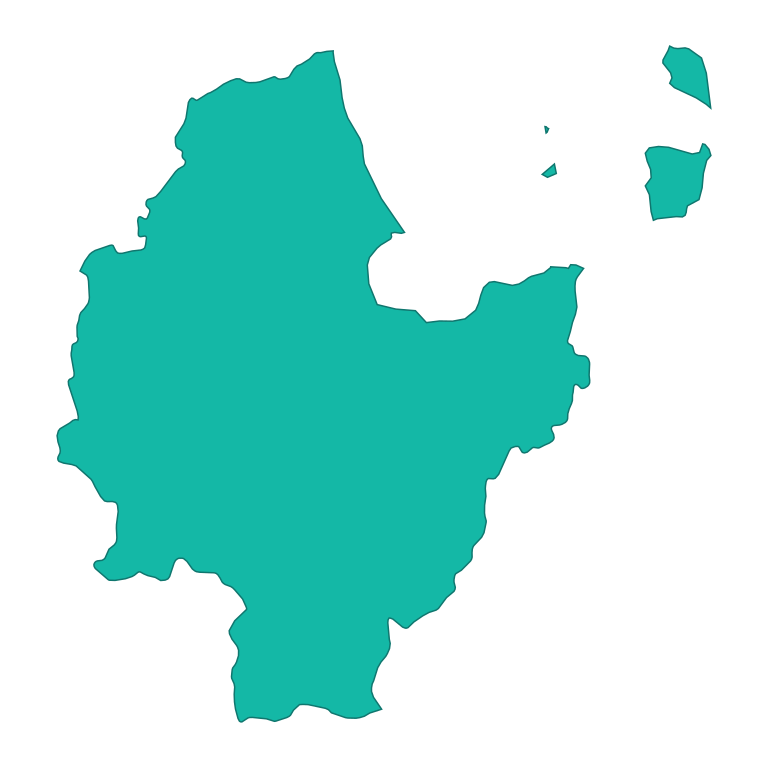 SVG path tracing the border of Surat Thani
{"feature_id": "THA-380", "entity_name": "Surat Thani", "entity_type": "Province", "adm_level": 1, "iso_a3": "THA", "parent_name": "Thailand", "parent_adm1": "", "projection": "robinson", "projection_center": [99.144, 9.058], "detail": "fine", "context": "isolated", "style": "filled", "palette": "teal", "viewbox_px": 768, "rotation_deg": 0, "n_neighbors": 0, "source": "natural_earth", "source_scale": "10m", "svg_char_len": 6018}
<svg xmlns="http://www.w3.org/2000/svg" viewBox="0 0 768 768"><path d="M333.2,50.9L333.1,52.3L334.4,61.7L340.0,80.0L342.1,97.7L344.3,108.1L347.8,118.1L360.0,138.8L362.3,145.8L363.2,156.3L364.4,163.8L381.3,198.6L404.5,232.4L401.4,233.3L394.7,232.4L391.4,233.1L391.2,234.7L391.6,236.8L390.6,238.9L380.7,245.0L377.0,248.2L369.4,257.5L367.3,265.0L368.8,283.8L377.2,304.6L395.8,309.1L415.4,310.7L426.4,322.6L439.5,321.0L452.6,321.2L465.0,318.9L475.7,310.2L478.7,303.3L480.8,295.2L483.6,287.6L489.3,282.3L494.3,281.6L512.4,285.4L519.0,284.0L524.4,280.9L528.5,277.8L531.5,276.3L543.9,273.0L550.6,267.6L550.7,266.8L565.8,267.7L568.4,268.4L570.7,264.7L576.0,265.0L583.6,268.4L577.4,276.8L576.1,279.2L575.4,281.6L575.0,286.0L575.1,291.0L576.9,307.0L575.4,314.3L572.5,322.4L570.3,331.6L567.5,340.6L567.7,342.5L568.5,343.6L572.1,345.8L572.8,347.0L574.0,351.9L574.5,353.1L575.5,354.2L578.2,355.5L584.4,356.0L585.7,356.4L587.7,358.1L588.5,359.3L589.5,362.4L589.6,364.1L589.1,375.2L589.7,380.3L589.6,382.9L588.9,384.5L587.6,386.1L584.8,387.9L582.8,388.4L581.2,388.3L578.3,385.4L577.1,384.6L575.6,384.4L574.5,385.0L573.7,386.5L573.1,392.3L572.5,394.9L572.4,400.5L571.5,403.5L569.2,408.8L567.8,413.7L567.6,418.9L566.9,420.7L565.4,422.4L561.9,424.3L559.5,425.0L554.1,425.5L552.8,426.0L551.8,426.9L551.3,428.3L551.6,430.1L553.6,434.4L554.1,437.8L553.5,439.6L552.2,441.1L549.4,443.0L544.4,445.2L539.5,447.7L538.1,448.0L533.8,447.4L532.5,447.7L527.3,452.1L524.6,452.9L523.1,452.7L522.0,452.0L519.1,447.1L518.1,446.4L515.2,446.5L511.1,448.0L509.1,451.0L498.7,474.3L495.2,478.3L493.3,478.8L488.3,478.5L487.0,479.6L486.1,481.7L485.5,485.8L485.3,488.5L485.9,496.3L484.6,505.2L484.5,512.9L485.0,516.5L486.2,520.9L486.1,522.6L484.0,532.7L481.6,537.3L473.8,545.6L472.9,547.2L472.3,549.2L472.0,552.7L472.1,557.1L471.6,559.1L470.6,560.9L461.4,570.2L455.7,573.7L454.7,575.6L454.0,579.6L454.0,582.1L455.3,587.3L455.0,589.3L454.0,591.3L446.5,597.6L438.4,608.5L436.1,610.1L429.1,612.4L422.8,615.8L413.8,622.0L408.0,627.6L406.6,628.1L405.2,628.1L402.6,627.1L392.9,619.1L390.4,618.1L389.1,618.0L388.1,619.7L387.8,622.7L389.3,639.3L390.2,643.4L389.5,648.6L387.4,653.5L385.8,656.3L381.0,662.0L377.7,667.7L373.6,680.9L372.2,683.9L371.5,687.9L371.5,691.5L373.5,697.3L381.6,709.2L369.8,713.0L364.4,716.2L359.8,717.6L356.0,718.2L347.7,718.0L345.4,717.6L331.4,712.8L328.5,709.7L325.4,708.3L308.1,704.6L302.9,704.4L299.5,704.6L293.5,710.1L290.5,715.2L289.2,716.3L286.9,717.5L275.9,721.1L274.4,721.3L266.4,718.8L252.4,717.4L249.3,717.5L247.9,718.0L241.9,721.9L240.5,721.8L239.4,721.1L238.0,718.4L235.5,709.1L234.5,701.9L234.2,694.3L234.7,687.1L234.1,683.7L231.7,678.3L231.5,676.6L232.2,669.6L232.7,668.0L235.2,664.6L236.5,662.1L238.5,655.7L238.6,650.3L237.5,647.0L236.4,645.1L232.0,639.2L229.5,633.8L229.2,630.7L234.7,620.8L246.6,609.4L246.6,608.2L246.2,607.0L242.6,599.0L234.7,589.8L232.8,587.9L230.9,586.6L225.2,584.5L223.5,583.4L222.2,582.1L220.1,578.1L217.9,574.8L216.2,573.4L214.3,572.8L199.6,572.2L196.5,571.7L194.8,570.9L192.4,569.0L187.0,561.4L183.5,558.5L182.0,558.2L179.0,558.2L177.6,558.7L175.5,560.4L174.1,563.0L169.6,576.6L167.9,578.9L165.1,580.1L160.7,580.5L155.3,577.4L147.8,575.6L143.8,573.9L140.2,571.9L138.8,571.9L137.7,572.5L134.5,575.1L132.1,576.5L125.5,578.7L115.0,580.4L109.2,580.2L108.0,579.5L95.3,568.5L94.2,566.6L93.9,564.8L94.3,563.4L95.1,562.2L96.1,561.4L97.4,560.9L102.2,560.3L104.5,558.8L105.3,557.6L109.0,549.2L114.3,544.9L115.9,542.7L116.5,541.2L116.9,537.7L116.4,528.3L116.5,524.5L118.2,511.5L117.5,505.3L116.6,503.4L115.4,502.3L112.4,501.5L107.2,501.6L104.5,500.9L100.6,496.5L95.1,486.8L92.5,481.4L91.0,479.2L76.1,465.9L71.8,464.5L63.6,463.1L59.0,461.4L58.0,460.0L57.8,458.4L58.1,456.9L60.0,453.0L60.3,450.8L59.9,447.8L58.0,441.9L57.1,435.7L58.4,430.9L60.1,428.7L69.7,423.0L72.8,420.5L75.3,419.6L78.1,419.9L78.3,416.7L77.2,411.0L68.6,384.8L68.3,381.4L68.9,380.0L69.9,379.1L71.3,378.6L73.5,376.9L74.1,375.4L74.1,372.4L71.2,355.8L71.2,353.1L71.8,349.8L72.0,346.3L72.5,344.8L73.5,343.9L76.3,342.6L77.5,341.3L78.2,338.8L77.2,336.4L77.0,327.2L77.2,325.2L78.8,320.5L79.6,315.4L80.8,312.6L84.5,308.6L87.9,303.8L88.5,302.5L89.2,299.4L89.4,297.6L88.5,281.0L87.8,277.2L86.6,275.1L80.0,271.0L84.9,261.0L89.6,254.4L91.8,252.5L95.1,250.5L109.9,245.4L111.9,245.1L113.1,245.6L115.7,250.8L117.5,252.9L119.6,253.4L122.4,253.3L132.0,251.0L140.9,250.0L143.2,249.1L144.7,247.9L145.6,244.8L146.5,237.9L146.0,236.5L144.9,236.0L140.6,236.7L139.4,236.4L138.5,235.4L138.3,233.7L138.6,228.1L137.7,220.8L138.2,218.1L139.2,216.9L140.5,216.8L144.4,218.9L146.4,219.0L147.4,217.9L149.7,212.3L149.9,210.8L149.6,209.4L146.6,206.2L146.0,204.7L146.2,202.0L146.9,200.5L148.0,199.4L153.1,198.0L156.0,196.6L160.7,191.4L175.7,171.5L178.4,169.0L183.8,165.9L185.1,163.8L185.5,161.9L185.1,160.3L183.1,158.3L182.4,157.1L182.2,155.7L182.6,152.6L182.2,151.2L181.3,150.3L177.5,148.2L176.0,146.0L175.4,142.4L175.4,137.2L183.9,123.8L186.0,118.2L188.4,102.5L189.9,99.7L191.6,98.2L193.0,98.3L196.1,100.3L197.3,100.2L207.9,93.5L210.5,92.6L216.5,89.2L223.5,84.2L230.7,80.7L236.2,78.8L239.7,78.9L246.1,82.2L249.3,82.7L255.9,82.5L260.0,81.8L273.9,76.8L275.0,76.9L278.0,78.8L280.4,79.2L285.3,78.5L287.7,77.7L289.4,76.6L293.9,69.2L297.0,66.0L301.4,64.2L309.6,59.0L314.4,53.9L316.2,52.9L317.4,52.6L320.7,52.7L326.7,51.4L333.2,50.9ZM702.7,143.9L705.0,144.5L709.0,149.3L710.9,155.5L706.7,160.4L703.4,173.3L702.1,187.8L699.0,199.6L687.5,205.8L686.6,208.8L686.2,212.3L685.1,215.3L682.4,216.9L676.2,216.6L657.3,218.7L653.4,220.3L651.1,211.5L649.4,194.7L645.3,185.9L651.2,177.8L650.6,169.4L647.2,161.1L645.3,153.2L649.3,147.9L658.5,146.5L668.6,147.3L692.2,154.0L699.6,152.5L702.7,143.9ZM688.8,48.9L701.5,58.0L706.3,73.1L710.7,108.1L706.1,104.2L696.3,97.9L674.4,87.6L669.7,83.3L672.0,77.9L670.6,72.8L662.9,63.0L663.0,60.0L668.1,50.6L669.7,46.1L673.8,48.1L677.8,48.6L685.1,47.9L688.8,48.9ZM554.4,164.0L556.3,173.5L547.5,177.3L542.2,174.4L554.4,164.0ZM548.6,128.6L547.1,132.2L546.1,133.0L545.0,126.6L546.2,126.8L547.6,128.3L548.6,128.6Z" fill="#14b8a6" stroke="#0f766e" stroke-width="1.5"/></svg>